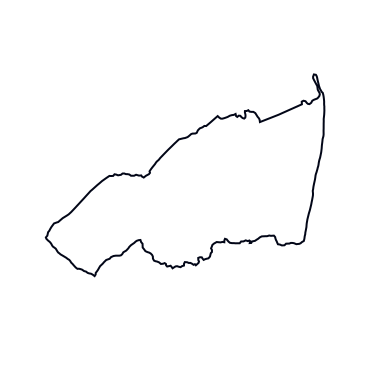 outline of Santo Amaro do Maranhão, Maranhão, Brazil, rotated 74°
{"feature_id": "56859067B2088980955317", "entity_name": "Santo Amaro do Maranhão", "entity_type": "district", "adm_level": 2, "iso_a3": "BRA", "parent_name": "Brazil", "parent_adm1": "Maranhão", "projection": "robinson", "projection_center": [-43.176, -2.647], "detail": "fine", "context": "isolated", "style": "outline", "palette": "ink", "viewbox_px": 384, "rotation_deg": 74, "n_neighbors": 0, "source": "geoboundaries", "source_scale": "gbopen_adm2", "svg_char_len": 4813}
<svg xmlns="http://www.w3.org/2000/svg" viewBox="0 0 384 384"><g transform="rotate(74 192 192)"><path d="M269.9,98.0L268.0,96.9L265.5,95.8L263.8,94.8L262.2,94.2L260.5,93.3L259.1,92.6L257.3,91.7L255.4,91.0L254.1,90.5L252.8,89.9L251.6,89.3L250.3,88.7L248.7,87.8L247.5,87.1L244.7,85.5L242.1,83.8L240.0,82.6L236.8,80.8L234.4,79.6L232.7,78.7L231.1,77.9L229.7,77.2L228.4,76.6L226.8,76.1L224.2,75.6L222.5,74.7L221.3,74.2L220.0,73.6L217.5,72.3L215.3,71.1L213.8,70.3L212.1,69.5L210.2,68.7L208.8,67.9L207.4,66.9L206.1,66.1L204.7,65.2L203.4,64.5L201.9,63.5L200.3,62.7L199.1,62.2L197.5,61.4L196.1,60.6L194.3,59.4L192.4,58.4L189.3,56.8L186.0,55.4L183.0,54.3L180.0,53.0L178.5,52.4L177.2,51.9L175.9,51.1L174.6,50.3L172.9,49.6L170.7,49.0L168.9,48.5L167.4,48.0L165.7,47.5L164.0,47.0L162.3,46.5L160.1,45.8L158.2,45.3L156.5,44.6L154.3,43.7L152.3,43.0L150.2,42.3L147.9,41.7L146.2,41.2L144.9,41.0L143.3,40.6L141.7,40.1L139.8,39.7L138.6,39.5L136.7,39.2L134.7,39.0L132.7,39.0L131.4,39.8L129.8,40.1L128.4,40.5L126.7,40.6L125.1,40.7L123.3,40.6L120.8,40.5L118.6,40.4L116.6,40.2L115.1,40.2L113.5,40.6L112.6,42.4L114.5,43.8L116.0,44.2L118.2,43.8L119.6,43.5L121.5,43.1L124.7,42.4L128.3,42.9L129.9,42.6L131.9,42.1L133.3,42.2L134.8,43.1L135.8,44.4L136.6,45.7L136.8,47.5L136.9,49.0L137.4,51.2L139.1,52.8L139.9,54.9L139.3,56.2L138.2,57.0L136.0,57.9L135.0,59.7L135.4,61.6L138.0,62.2L141.0,83.3L141.6,87.4L143.5,107.4L141.0,107.1L139.5,107.4L137.8,108.2L136.0,108.7L133.6,109.4L131.9,110.9L131.4,112.7L130.5,114.6L128.9,115.3L129.2,117.0L128.8,118.8L130.0,119.2L132.3,119.3L133.7,119.6L135.2,120.3L135.8,121.6L134.9,122.9L133.5,123.9L132.1,124.5L131.5,126.0L132.3,127.8L131.1,128.7L129.0,128.6L129.4,130.6L129.1,132.5L129.1,134.6L129.7,137.1L129.9,140.3L129.9,142.6L129.4,144.1L128.0,145.3L126.1,146.4L130.3,155.3L132.5,160.2L131.9,161.9L132.7,164.0L133.0,167.0L134.4,169.4L136.4,171.1L136.7,172.5L136.4,173.8L136.0,175.5L136.1,176.9L137.1,178.9L138.0,181.1L138.2,183.9L138.0,185.3L137.8,190.0L140.8,195.8L142.5,198.9L144.8,203.2L147.6,208.1L150.5,213.1L152.0,215.2L152.8,217.0L153.6,218.3L155.0,219.9L157.3,223.2L158.8,225.2L160.4,227.1L162.0,227.1L163.0,228.5L163.7,231.8L164.8,234.4L163.3,235.9L162.1,236.2L161.6,238.5L160.0,241.0L160.4,243.1L159.6,246.1L157.9,247.4L157.0,249.2L156.6,250.6L155.5,252.1L155.1,253.7L155.9,255.5L155.6,258.5L154.4,260.0L153.6,261.6L154.8,263.3L154.5,264.7L153.8,267.0L155.0,270.7L156.7,275.5L158.1,278.5L159.2,281.0L162.4,287.6L163.1,289.2L166.8,295.2L168.3,297.6L175.4,309.3L178.0,313.7L179.5,316.7L180.2,318.9L181.5,323.5L182.6,325.9L184.0,328.9L184.0,330.4L184.2,333.3L186.9,336.8L188.5,338.5L189.9,339.8L191.0,341.4L194.1,343.1L195.4,345.0L196.8,344.9L198.9,343.8L200.6,342.6L201.8,342.0L203.3,341.5L204.9,341.2L206.2,340.7L207.3,339.8L208.9,338.6L210.4,338.2L211.9,337.8L213.3,337.3L214.4,336.4L215.7,335.6L218.1,333.3L219.4,332.1L220.7,330.9L221.9,330.1L223.4,328.7L225.0,328.0L226.6,327.6L228.1,326.7L230.3,325.7L232.5,324.6L234.3,323.3L234.6,321.8L235.4,320.4L236.4,319.0L238.2,317.6L239.4,315.7L240.9,314.7L241.9,313.3L242.7,311.6L244.1,310.2L246.0,308.8L244.8,307.4L243.2,306.8L241.9,305.0L240.7,303.6L239.4,302.3L237.9,300.7L237.0,298.9L236.2,297.4L235.3,296.1L233.7,293.2L233.5,289.6L232.3,287.8L231.9,285.1L232.2,282.8L233.2,279.2L233.3,277.8L232.6,276.3L231.0,274.6L230.2,271.4L228.6,268.7L227.6,267.6L226.3,265.3L225.0,261.5L224.2,260.0L223.7,258.6L223.6,256.5L223.9,254.8L226.2,254.7L228.1,253.8L231.8,254.7L234.0,253.8L236.0,253.1L237.4,251.5L238.6,249.7L239.8,248.6L241.5,247.7L243.2,247.4L245.3,247.9L247.5,247.4L248.4,246.3L249.2,244.8L250.5,243.1L252.6,241.7L253.0,239.5L252.8,237.9L254.0,236.9L255.4,237.1L256.8,236.4L256.9,234.7L257.0,232.9L258.3,232.3L260.0,231.7L259.6,230.4L259.0,228.4L259.2,226.8L260.1,225.5L261.1,223.7L260.5,222.0L260.5,220.0L258.7,219.4L257.4,218.2L258.2,216.0L259.3,214.7L259.8,213.0L261.1,211.6L262.4,210.6L262.2,209.1L263.5,208.5L262.8,207.0L261.9,205.2L260.7,204.4L259.2,204.7L257.1,204.2L256.9,202.4L257.5,200.6L259.2,200.1L260.5,199.5L260.2,198.0L260.2,196.4L260.3,194.5L259.0,192.5L257.4,191.6L256.0,190.8L255.2,189.4L253.3,188.8L251.4,189.2L250.0,188.0L248.6,187.1L247.7,185.3L246.9,182.1L248.3,178.5L248.4,176.4L249.2,174.8L247.4,174.2L246.1,173.2L247.1,171.7L248.6,171.1L249.9,170.5L251.3,169.5L252.1,167.8L252.6,166.1L253.4,164.0L254.4,160.3L253.1,158.4L253.7,156.1L253.3,153.7L254.7,151.7L254.4,150.3L255.5,149.5L257.0,150.5L257.3,149.1L256.1,147.9L256.3,144.9L255.6,142.8L255.2,141.3L254.3,139.3L253.9,137.2L254.7,133.7L255.2,131.8L255.1,129.8L255.9,128.2L256.5,125.3L258.2,124.5L259.8,124.6L261.4,124.5L262.7,124.2L264.6,124.0L265.9,123.8L266.8,121.9L268.1,120.4L268.7,117.8L267.6,115.8L268.4,112.7L268.2,110.9L268.7,109.4L269.3,108.1L270.9,106.1L271.4,103.2L271.2,101.7L270.5,100.3L269.9,98.0Z" fill="none" stroke="#020617" stroke-width="2"/></g></svg>